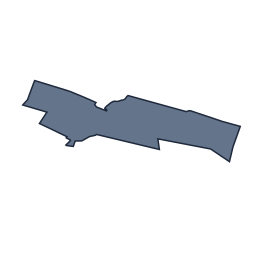 the district of Santo Domingo Chihuitán, Oaxaca, Mexico, rotated 106°
{"feature_id": "50627088B14972424911021", "entity_name": "Santo Domingo Chihuitán", "entity_type": "district", "adm_level": 2, "iso_a3": "MEX", "parent_name": "Mexico", "parent_adm1": "Oaxaca", "projection": "equal_earth", "projection_center": [-95.174, 16.63], "detail": "fine", "context": "isolated", "style": "filled", "palette": "slate", "viewbox_px": 256, "rotation_deg": 106, "n_neighbors": 0, "source": "geoboundaries", "source_scale": "gbopen_adm2", "svg_char_len": 1218}
<svg xmlns="http://www.w3.org/2000/svg" viewBox="0 0 256 256"><g transform="rotate(106 128 128)"><path d="M132.4,21.2L117.3,21.9L95.5,20.5L95.7,39.3L94.2,72.5L94.3,73.5L95.5,75.6L96.2,76.5L96.8,136.9L97.7,137.5L98.6,138.0L100.1,138.5L101.1,139.0L102.0,139.8L102.6,140.6L102.9,141.8L103.4,142.4L104.6,144.1L105.3,145.4L105.7,146.6L105.8,147.5L105.9,148.4L106.3,149.0L106.5,149.3L106.9,149.9L107.8,150.8L108.4,151.4L109.6,152.4L110.9,153.0L112.1,154.2L113.1,154.7L115.0,155.7L115.8,155.6L116.2,155.4L115.9,154.5L116.2,153.7L116.8,153.3L117.2,153.3L117.5,153.4L116.5,164.0L114.7,166.5L112.9,166.0L112.3,165.8L112.1,167.6L111.8,169.4L111.5,171.8L111.3,172.8L111.1,174.3L111.1,174.7L110.9,176.1L110.7,177.9L110.6,178.1L110.4,180.1L110.1,182.5L109.9,184.4L109.7,186.2L108.8,194.3L108.1,230.7L108.7,230.9L119.1,231.7L128.6,232.4L134.0,235.1L134.9,235.5L135.1,210.3L148.1,214.4L148.2,214.1L148.2,213.6L153.2,184.2L154.4,184.7L154.5,184.7L155.3,181.0L155.4,180.3L156.0,179.9L157.8,180.9L161.5,183.0L161.8,182.3L160.8,175.5L157.0,175.3L155.1,175.2L153.1,168.8L146.9,162.7L143.9,157.2L142.9,156.5L142.8,155.1L142.8,154.7L140.0,91.9L130.2,96.3L125.4,42.8L132.4,21.2Z" fill="#64748b" stroke="#1e293b" stroke-width="1.5"/></g></svg>